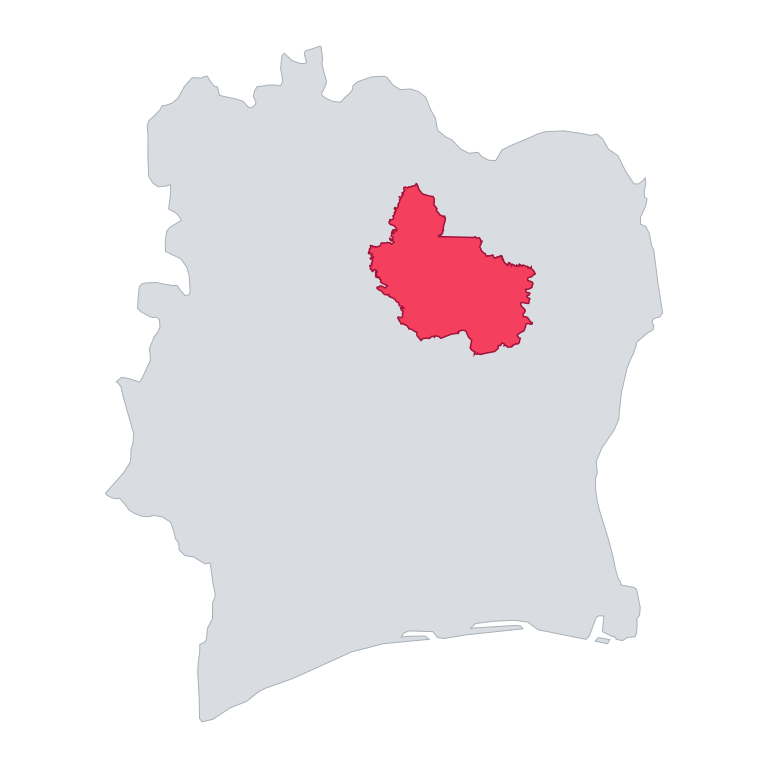 Hambol, Vallée du Bandama, Ivory Coast (highlighted)
{"feature_id": "98640826B80955316471767", "entity_name": "Hambol", "entity_type": "district", "adm_level": 2, "iso_a3": "CIV", "parent_name": "Ivory Coast", "parent_adm1": "Vallée du Bandama", "projection": "natural_earth1", "projection_center": [-4.861, 8.622], "detail": "fine", "context": "in_parent", "style": "filled", "palette": "rose", "viewbox_px": 768, "rotation_deg": 0, "n_neighbors": 0, "source": "geoboundaries", "source_scale": "gbopen_adm2", "svg_char_len": 9668}
<svg xmlns="http://www.w3.org/2000/svg" viewBox="0 0 768 768"><path d="M162.2,105.7L164.9,105.6L172.0,103.2L178.3,97.8L184.3,86.6L192.3,77.6L201.4,78.2L204.0,76.6L207.2,76.2L211.0,82.2L214.8,86.7L217.5,86.8L219.5,95.4L235.9,99.0L243.0,101.3L248.9,107.6L251.0,107.7L253.5,106.4L255.5,104.2L255.9,101.8L253.3,96.2L254.4,91.1L257.1,86.6L261.3,86.3L267.7,85.0L275.1,85.0L280.5,85.8L282.7,81.3L280.7,68.6L281.2,61.6L282.1,55.7L284.2,53.3L292.3,60.7L299.8,63.4L305.1,63.6L306.6,62.2L304.3,54.1L305.0,51.6L306.9,50.2L310.5,49.4L320.0,46.1L321.0,46.7L322.7,59.5L321.9,63.7L323.9,72.4L326.4,80.4L326.2,83.7L324.1,88.7L321.7,93.3L322.0,95.2L325.8,98.3L333.0,101.5L340.6,102.2L344.8,97.5L349.1,93.7L352.2,90.3L353.2,85.3L358.0,81.6L371.6,76.9L384.2,76.2L387.2,77.7L392.8,84.8L400.0,89.6L411.0,89.0L418.9,91.9L425.8,97.3L430.4,109.3L435.4,118.0L437.6,130.3L445.6,136.8L451.8,139.8L460.2,148.7L469.0,153.3L478.0,152.3L482.3,157.0L489.0,160.3L495.8,160.5L501.7,150.2L509.5,146.1L529.4,137.8L537.2,134.1L545.1,131.7L564.2,130.9L582.0,133.5L590.8,135.4L596.9,134.0L602.6,138.9L608.5,149.2L613.4,152.5L618.3,156.1L622.0,164.2L626.3,172.3L628.7,175.9L634.0,183.8L638.6,184.0L643.1,180.5L645.1,177.9L645.9,183.2L644.2,191.7L644.5,197.0L647.1,199.0L645.7,205.8L640.5,217.4L640.5,224.2L645.7,226.4L649.4,233.6L651.6,246.0L653.9,250.2L654.1,252.7L657.9,282.8L662.6,312.9L659.7,316.9L655.6,318.0L652.9,319.4L652.2,322.2L653.9,326.4L652.8,330.1L647.8,332.7L636.7,342.3L636.0,346.1L633.1,354.3L630.6,359.3L627.0,368.5L621.3,392.9L619.2,413.2L618.9,419.4L616.7,423.8L614.2,430.0L602.2,447.4L596.1,461.6L596.9,467.7L597.2,473.9L595.4,478.4L595.7,490.4L597.2,500.4L599.4,510.2L608.1,538.1L612.6,555.0L615.4,568.6L617.9,577.8L620.2,581.5L621.2,585.0L634.1,587.5L636.6,589.5L640.2,607.3L639.6,615.3L637.0,618.4L637.1,625.2L636.5,633.6L634.7,636.9L627.4,637.4L622.5,640.6L616.1,639.3L615.4,637.2L612.0,636.4L602.4,631.6L603.9,616.2L599.5,615.6L596.1,617.6L589.3,636.1L586.0,639.3L538.2,629.8L527.8,622.1L515.3,620.3L493.6,621.2L475.7,623.5L470.6,628.2L515.8,625.4L520.6,626.0L522.9,628.8L465.8,634.9L444.0,638.5L437.6,637.5L432.7,631.6L409.0,630.9L404.1,632.8L401.2,637.2L410.5,636.2L425.2,636.0L429.2,639.3L383.2,643.7L351.2,652.0L337.7,658.2L293.1,678.4L266.0,688.0L258.9,691.5L246.5,701.4L230.6,707.6L212.8,719.3L201.9,721.9L199.5,718.2L199.2,698.5L197.7,672.1L198.3,662.0L199.7,652.5L199.8,644.6L205.2,641.7L206.6,638.3L207.5,628.1L212.5,618.8L212.6,602.5L214.2,599.1L215.3,594.8L213.1,584.1L210.4,564.0L209.0,562.7L207.8,563.5L204.9,563.9L193.7,556.9L185.1,555.7L179.1,549.8L178.7,543.0L175.7,539.1L173.7,531.2L170.7,522.3L162.2,516.8L154.2,515.5L148.6,516.7L141.9,516.3L134.3,513.3L129.0,509.9L124.0,503.3L119.4,498.1L115.7,498.8L111.2,497.5L106.8,495.1L105.4,493.3L123.9,472.4L130.2,462.2L130.9,455.9L131.0,449.6L133.0,443.1L133.6,433.3L123.4,397.5L120.8,386.4L118.1,383.1L116.3,381.9L121.5,377.3L128.6,378.5L139.6,382.1L142.0,378.5L150.3,360.5L150.1,353.7L149.2,349.1L154.1,336.7L158.0,331.9L160.0,326.8L159.4,319.7L156.5,317.1L152.6,317.6L148.1,315.8L141.1,311.8L137.5,308.2L138.7,291.8L139.3,286.8L141.8,283.8L145.7,283.0L156.5,282.5L165.2,284.4L172.9,285.5L177.1,285.5L180.4,290.3L184.8,295.3L188.7,295.2L190.1,291.6L189.2,275.4L186.6,266.9L180.7,258.7L165.5,251.6L165.2,241.8L166.7,231.2L170.0,227.2L181.4,220.4L179.4,216.8L175.8,212.9L168.6,209.0L170.3,196.3L170.7,184.9L164.6,186.2L158.4,186.8L153.1,183.3L148.7,176.4L147.9,157.4L148.0,135.5L147.2,125.8L148.9,120.6L154.3,115.8L160.1,109.6L162.2,105.7ZM609.9,639.6L607.4,643.8L595.3,641.1L598.1,637.6L609.9,639.6Z" fill="#d9dde1" stroke="#a8b0b8" stroke-width="1"/><path d="M397.8,318.4L398.8,319.3L399.3,320.1L399.1,320.7L400.6,322.4L401.1,324.0L402.2,324.0L403.2,323.3L403.6,324.0L405.1,324.9L406.6,325.3L408.5,327.8L408.9,328.9L410.0,328.9L411.6,329.4L414.8,331.5L416.8,332.3L417.0,335.6L421.0,340.5L422.9,338.6L427.4,338.0L428.9,338.5L430.5,337.8L430.8,337.1L431.8,336.3L432.9,336.6L433.7,336.3L434.5,337.2L435.1,335.9L437.6,336.2L438.9,336.6L440.8,338.3L451.5,334.1L458.1,333.2L458.4,333.4L458.8,332.2L458.3,331.6L460.5,330.6L463.4,330.2L464.7,330.5L465.9,331.2L468.7,337.4L471.7,340.3L470.2,347.8L470.6,347.8L471.0,349.2L471.9,350.2L473.0,351.0L473.7,351.1L474.8,351.7L474.3,353.0L474.3,354.4L474.7,353.7L475.6,353.4L476.4,354.2L477.3,354.2L477.8,353.8L477.8,353.3L478.5,353.9L480.2,354.5L485.2,353.3L494.6,351.5L498.2,348.5L498.1,345.8L499.5,345.3L500.2,345.7L500.5,345.6L501.9,343.1L503.0,343.2L504.2,343.8L504.1,345.8L505.7,345.1L507.4,347.1L511.3,347.0L512.2,346.5L512.3,345.6L513.4,345.3L514.0,344.7L515.1,344.5L515.6,343.7L517.0,344.0L518.0,343.8L519.0,343.0L519.4,342.1L519.6,340.6L520.3,338.3L519.1,337.9L517.4,335.6L517.2,334.9L520.8,332.3L522.7,331.6L524.2,330.4L524.5,330.0L524.7,328.4L525.7,326.6L525.6,324.9L525.9,324.3L526.6,323.8L528.1,323.6L529.0,323.6L529.9,324.2L531.8,324.1L532.3,323.7L532.3,322.6L530.6,322.0L528.9,319.3L527.8,318.3L527.6,317.5L525.2,316.6L523.9,316.8L523.2,316.0L523.0,314.8L523.1,314.1L524.9,311.9L525.3,310.5L524.5,309.1L522.1,306.9L520.4,304.2L521.1,302.9L522.3,302.5L527.8,303.5L528.6,303.4L528.9,303.0L529.1,300.5L529.8,299.1L529.8,298.5L527.8,297.6L526.8,296.1L527.3,295.5L529.0,295.1L530.0,293.4L529.7,293.0L527.9,292.5L526.7,292.7L526.1,291.8L525.6,289.7L526.0,289.1L527.9,289.4L531.8,287.6L532.0,287.3L532.1,285.5L532.9,284.3L532.9,283.3L532.5,282.4L530.9,281.5L527.8,280.5L527.6,279.4L527.8,278.2L528.4,277.6L531.5,276.8L533.7,274.7L535.3,273.9L533.7,270.8L531.2,268.4L531.2,266.9L530.2,268.0L528.9,267.6L528.9,268.1L528.5,268.1L528.3,267.7L527.9,267.7L528.0,266.8L527.6,266.5L527.0,266.3L526.0,266.6L525.8,266.2L523.0,265.0L522.1,266.3L521.6,265.6L520.8,265.6L520.5,264.9L519.4,264.2L519.2,264.8L519.4,265.0L519.4,265.8L518.5,265.2L518.0,265.5L518.0,266.0L517.7,265.9L516.5,265.1L516.3,266.2L515.9,266.3L514.8,266.0L513.8,264.9L513.5,265.0L512.4,264.3L511.5,265.6L511.4,264.4L509.0,262.6L508.5,262.9L508.9,263.6L508.2,263.6L508.2,264.4L507.7,264.8L507.9,265.1L507.0,265.1L506.0,263.8L504.8,263.1L504.3,262.0L503.7,261.5L503.4,259.5L502.5,259.5L502.3,258.9L502.7,258.7L502.6,258.1L501.9,257.4L502.2,256.3L501.6,255.8L501.2,255.8L500.9,256.4L500.3,255.7L499.4,256.6L498.7,256.9L497.2,256.9L496.8,257.1L496.6,257.8L495.5,257.7L494.9,258.2L494.1,257.6L492.8,255.0L489.5,255.9L487.5,255.8L486.5,256.5L485.2,253.5L483.6,253.2L483.0,252.2L481.6,250.9L479.9,246.9L479.8,246.1L480.7,244.8L482.0,241.4L482.0,241.1L480.8,241.4L480.6,239.8L479.4,237.9L478.6,237.8L477.5,238.2L475.8,237.6L475.8,237.1L475.2,236.8L473.9,237.4L470.6,237.4L438.6,236.6L438.4,236.4L438.6,235.3L439.5,235.3L439.8,236.2L440.7,235.0L441.5,234.7L441.3,234.3L441.6,233.5L442.6,233.1L442.7,231.2L443.5,230.3L443.0,229.7L443.3,228.7L443.3,226.9L445.1,220.6L445.3,217.7L444.4,216.0L444.1,216.0L443.6,216.8L440.8,215.1L440.1,215.4L439.2,214.3L438.8,213.1L438.3,212.9L438.2,212.3L436.3,211.3L436.8,209.7L436.6,209.0L436.9,208.4L436.0,207.7L435.9,207.0L435.1,206.1L434.0,205.4L434.3,199.0L433.3,196.9L432.7,196.4L430.1,196.2L424.4,194.6L422.0,193.5L418.7,189.0L417.5,185.1L416.8,184.5L416.6,183.7L416.2,183.6L415.6,185.5L414.8,185.3L413.9,185.8L412.7,185.9L412.2,186.3L409.4,187.0L409.0,186.8L407.5,187.8L405.5,187.1L404.0,187.4L403.8,188.3L403.9,189.6L404.7,190.1L404.4,191.3L403.5,191.9L403.2,192.6L402.5,192.8L403.4,193.5L403.4,193.8L402.1,194.3L402.8,195.4L401.8,196.0L401.7,196.8L401.1,197.3L399.4,196.9L399.6,197.5L400.7,199.0L399.4,200.0L399.8,200.9L399.5,202.0L398.0,204.3L398.6,205.0L398.1,205.4L398.3,206.1L398.1,206.7L397.5,207.1L397.4,207.9L396.5,208.4L394.9,207.5L394.5,208.1L396.0,208.7L396.2,209.0L396.0,209.3L394.9,209.5L395.9,210.7L395.9,211.1L394.2,212.5L395.1,213.8L392.9,215.9L393.6,217.8L393.6,218.5L391.8,219.8L389.9,219.5L389.9,221.0L388.9,222.0L389.3,223.2L390.3,224.4L393.4,225.4L395.2,226.8L396.9,229.8L396.6,231.0L394.9,229.8L393.8,229.6L392.8,230.1L392.5,230.7L392.7,230.9L393.5,230.8L394.3,231.7L394.3,232.5L393.5,233.5L392.3,232.1L391.7,232.1L391.6,235.1L391.1,236.2L393.2,237.5L392.7,239.8L389.8,238.3L389.7,239.0L390.9,240.7L393.0,241.2L393.9,242.0L393.8,242.6L391.4,244.2L390.3,242.9L389.1,242.9L387.7,242.4L385.0,243.1L384.1,242.9L383.4,243.3L382.8,242.9L381.7,242.9L381.0,243.4L380.6,245.1L380.0,245.8L375.7,247.3L375.5,246.8L374.7,246.5L373.2,246.8L372.4,245.8L370.9,245.5L370.5,245.7L370.8,245.9L370.5,246.9L370.6,247.9L370.5,248.2L369.7,248.7L369.3,249.5L369.4,250.6L368.4,252.9L368.6,253.6L369.2,253.8L370.1,252.8L371.1,253.8L372.0,254.1L372.2,254.4L371.3,254.8L371.0,255.8L372.6,256.4L373.7,257.3L373.3,257.7L371.6,257.7L370.2,258.2L370.6,259.1L371.7,259.2L372.7,260.0L372.7,260.3L372.3,261.0L372.4,261.6L371.9,262.0L372.1,263.3L371.4,263.7L371.7,264.5L371.6,265.4L370.0,265.4L369.8,265.6L370.1,266.7L370.8,267.9L370.8,268.3L370.3,268.5L370.3,269.0L371.4,269.8L372.4,271.5L373.0,271.3L373.1,270.5L374.2,269.5L374.8,270.1L375.2,269.9L376.6,270.4L376.6,271.1L377.2,272.1L376.8,272.5L375.8,271.8L375.5,272.8L376.2,274.2L375.6,274.6L376.6,275.6L375.9,275.8L375.6,276.4L375.7,276.8L377.6,277.7L378.2,277.6L378.1,277.0L379.7,277.8L379.6,279.0L381.0,280.1L380.5,282.0L382.3,283.4L384.9,284.3L386.0,285.4L387.3,285.7L386.5,286.4L385.9,287.4L384.9,287.9L383.2,287.1L382.7,286.5L381.0,285.9L380.4,286.3L379.4,286.2L379.0,287.0L377.1,287.2L376.9,287.9L377.2,288.6L379.5,290.2L381.6,291.1L383.4,293.5L384.6,294.5L387.5,295.0L388.7,294.6L388.9,296.0L389.5,296.9L390.9,296.8L391.8,297.7L392.5,297.7L394.9,299.4L396.6,301.8L398.7,302.6L399.0,305.1L399.2,305.5L399.9,305.9L400.7,305.8L402.6,306.7L404.0,308.3L403.9,308.7L403.1,308.7L401.5,307.6L400.6,307.8L401.3,310.0L403.2,311.7L402.3,313.8L402.7,316.4L401.9,317.5L398.0,317.1L397.8,318.4Z" fill="#f43f5e" stroke="#9f1239" stroke-width="1.5"/></svg>